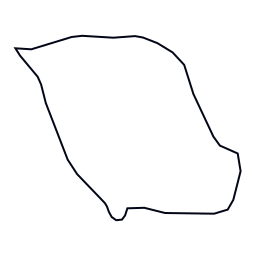 outline of Biliran
{"feature_id": "PHL-2581", "entity_name": "Biliran", "entity_type": "Province", "adm_level": 1, "iso_a3": "PHL", "parent_name": "Philippines", "parent_adm1": "", "projection": "albers", "projection_center": [124.492, 11.584], "detail": "fine", "context": "isolated", "style": "outline", "palette": "ink", "viewbox_px": 256, "rotation_deg": 0, "n_neighbors": 0, "source": "natural_earth", "source_scale": "10m", "svg_char_len": 523}
<svg xmlns="http://www.w3.org/2000/svg" viewBox="0 0 256 256"><path d="M219.9,145.6L237.7,153.5L240.6,171.2L233.3,199.9L227.7,209.6L214.1,213.7L165.0,213.0L144.3,207.8L127.4,208.3L125.1,215.4L122.0,219.6L116.2,220.2L111.7,217.0L108.9,211.9L107.0,206.6L104.9,203.1L77.1,174.1L67.7,159.7L45.8,103.0L41.1,84.5L37.7,76.8L20.1,55.7L15.4,48.3L31.3,49.3L71.6,37.0L82.1,35.8L113.3,37.7L135.1,36.1L142.9,37.5L157.5,43.2L172.6,52.4L184.2,64.9L193.4,94.0L213.4,136.6L219.9,145.6Z" fill="none" stroke="#020617" stroke-width="2"/></svg>